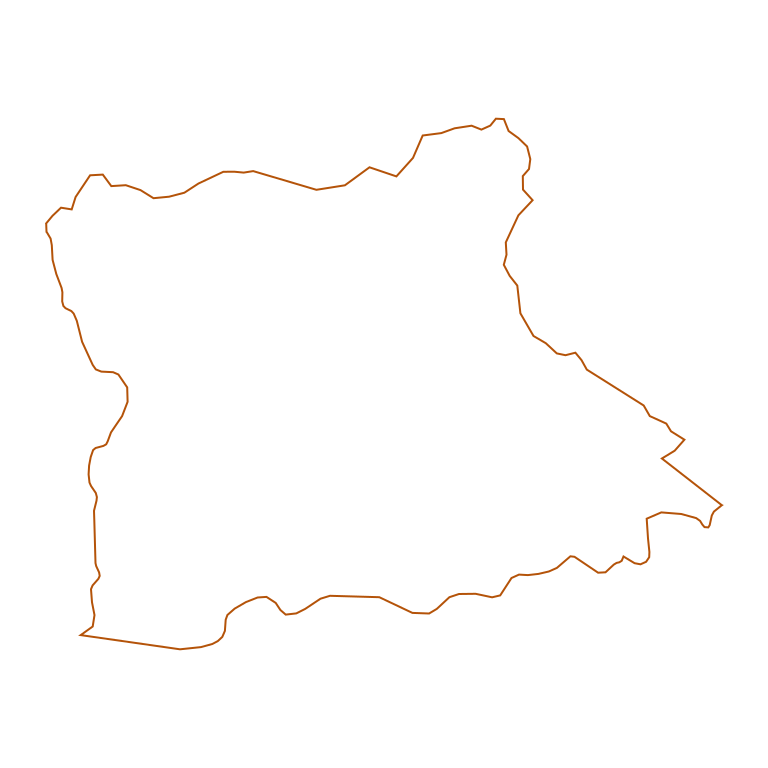 map outline of Blagoevgrad (Robinson projection)
{"feature_id": "BGR-3002", "entity_name": "Blagoevgrad", "entity_type": "Province", "adm_level": 1, "iso_a3": "BGR", "parent_name": "Bulgaria", "parent_adm1": "", "projection": "robinson", "projection_center": [23.441, 41.745], "detail": "fine", "context": "isolated", "style": "outline", "palette": "amber", "viewbox_px": 768, "rotation_deg": 0, "n_neighbors": 0, "source": "natural_earth", "source_scale": "10m", "svg_char_len": 2226}
<svg xmlns="http://www.w3.org/2000/svg" viewBox="0 0 768 768"><path d="M80.7,635.1L92.7,626.5L94.5,615.1L92.0,602.3L91.0,589.2L92.6,585.4L98.4,578.8L99.7,575.9L99.1,572.4L96.2,566.1L95.5,563.1L94.3,520.3L94.0,510.8L96.5,500.7L96.9,497.1L95.8,493.0L91.1,486.1L89.5,482.6L88.6,474.4L89.1,465.6L90.7,457.1L93.1,450.1L95.6,448.0L103.4,445.9L106.2,444.3L107.7,441.3L111.0,432.4L115.4,425.9L122.1,416.1L127.6,401.8L127.2,387.4L118.4,374.5L113.1,372.2L101.3,371.6L95.8,369.4L92.7,364.9L82.1,341.8L76.8,320.8L73.7,313.6L71.4,311.1L65.5,308.2L64.1,306.7L63.4,306.0L62.2,301.4L62.4,292.3L61.6,288.0L56.3,274.0L52.6,259.9L51.8,245.2L50.6,238.6L46.7,232.0L46.5,231.9L46.2,223.8L46.1,223.5L52.5,215.8L61.0,207.7L71.7,209.4L75.6,197.0L90.1,175.3L102.8,174.6L111.3,186.1L125.8,185.2L140.5,190.1L153.5,198.2L169.1,196.7L184.4,192.7L198.5,183.5L223.3,171.8L234.1,171.7L243.7,172.6L253.2,171.1L316.4,189.8L344.9,185.3L369.5,167.3L396.4,176.4L413.0,157.9L422.7,135.5L441.3,133.1L454.6,128.3L471.6,125.7L481.4,129.6L490.3,125.6L495.9,118.7L503.9,119.1L508.6,131.0L518.4,138.1L527.1,146.5L530.3,159.1L529.0,169.0L522.8,176.1L523.0,189.6L532.6,200.2L518.4,215.3L505.8,242.4L506.5,254.7L503.8,264.8L509.7,275.9L517.3,285.6L520.4,313.3L533.5,336.0L545.8,343.2L556.8,353.4L565.5,355.2L575.4,352.7L581.5,360.1L586.8,369.6L643.7,405.5L649.8,416.1L659.1,420.3L666.3,423.6L671.0,431.3L684.4,439.7L674.7,450.7L661.9,458.5L721.7,505.1L721.9,505.2L721.2,505.7L713.9,511.6L711.8,515.5L709.7,525.1L708.3,527.4L704.5,527.1L702.3,524.5L700.1,520.9L696.2,518.1L681.3,514.0L661.3,512.4L646.7,518.7L648.0,538.4L649.4,552.0L649.2,557.2L646.1,561.8L640.5,564.3L634.6,563.2L623.5,556.5L621.7,560.8L619.3,562.3L616.6,562.9L613.8,564.6L605.5,572.3L598.1,572.7L574.5,556.8L570.4,556.3L556.9,567.9L548.8,571.5L538.5,573.9L527.9,575.1L519.0,574.6L511.5,578.0L500.2,595.4L492.1,597.3L475.6,593.8L459.0,594.0L449.4,597.2L436.8,608.9L435.3,609.8L429.1,613.5L412.4,612.9L379.3,597.2L330.0,595.8L320.5,598.7L305.2,608.9L296.3,613.4L285.7,614.6L280.4,610.0L275.7,602.9L266.5,596.9L257.6,597.5L245.9,602.1L234.7,608.6L227.4,615.0L225.7,619.7L224.9,630.9L222.3,636.9L217.8,641.1L212.3,644.0L201.0,647.1L180.0,649.3L80.7,635.1Z" fill="none" stroke="#b45309" stroke-width="2"/></svg>